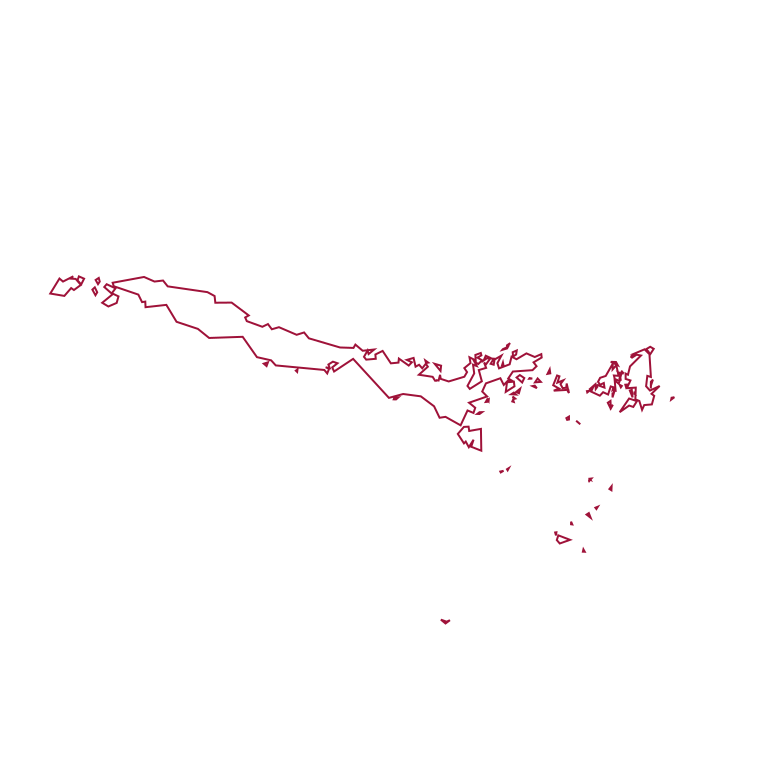 Palawan, Palawan, Philippines (orthographic projection), rotated 63°
{"feature_id": "2640588B20950743061684", "entity_name": "Palawan", "entity_type": "district", "adm_level": 2, "iso_a3": "PHL", "parent_name": "Philippines", "parent_adm1": "Palawan", "projection": "orthographic", "projection_center": [119.327, 9.944], "detail": "fine", "context": "isolated", "style": "outline", "palette": "rose", "viewbox_px": 768, "rotation_deg": 63, "n_neighbors": 0, "source": "geoboundaries", "source_scale": "gbopen_adm2", "svg_char_len": 6190}
<svg xmlns="http://www.w3.org/2000/svg" viewBox="0 0 768 768"><g transform="rotate(63 384 384)"><path d="M445.5,321.6L450.4,317.4L446.6,313.5L439.3,316.7L441.9,297.8L435.3,299.9L429.7,292.9L431.7,277.7L439.2,277.7L437.1,271.6L438.3,269.0L435.5,270.8L431.4,263.5L439.1,245.4L437.4,240.0L432.6,240.9L432.0,231.5L428.8,230.3L428.4,237.4L421.4,243.2L422.1,254.7L417.5,257.9L423.5,263.1L422.3,274.4L416.9,273.5L412.0,266.5L412.4,274.4L416.6,277.5L414.4,279.8L411.3,274.7L409.5,277.7L412.8,284.2L410.3,285.1L416.0,285.7L414.6,293.2L426.0,295.6L427.3,309.8L423.6,310.5L415.5,298.8L407.2,295.9L410.1,293.2L405.4,293.3L409.0,290.9L407.4,285.8L402.9,288.8L402.7,284.2L400.3,283.7L399.6,289.4L404.6,291.6L399.0,295.7L404.6,297.4L406.3,305.2L411.1,304.6L414.0,309.1L411.1,325.2L405.2,331.1L401.3,329.9L405.7,333.8L404.6,335.2L404.9,335.7L404.6,336.2L404.5,336.6L404.3,337.0L399.7,337.4L391.6,348.7L388.5,337.1L384.9,337.5L387.4,342.8L382.8,344.0L382.9,348.0L374.2,345.8L372.9,352.7L377.3,349.3L378.8,353.6L368.1,359.2L371.5,361.4L368.7,368.5L353.9,370.2L353.8,378.3L357.8,379.9L354.2,388.8L350.7,389.5L346.7,383.4L350.3,384.1L348.8,377.1L344.7,387.9L335.9,391.6L338.0,394.8L331.5,406.6L309.2,430.2L301.8,431.8L300.5,439.5L285.7,451.8L284.3,459.1L277.9,460.2L277.8,466.4L265.7,477.7L261.7,477.5L261.5,473.4L242.3,482.8L235.0,497.4L228.7,495.0L222.0,499.6L198.8,532.4L191.5,533.9L188.5,542.0L179.7,549.2L170.6,579.8L174.2,580.4L192.8,562.3L201.2,562.4L202.2,559.3L207.3,561.6L214.7,542.0L234.4,540.6L250.4,524.8L263.6,518.9L277.8,488.5L302.4,485.0L311.7,473.8L318.3,472.0L344.4,430.8L348.8,429.8L345.5,426.0L342.6,428.4L345.3,425.1L341.4,424.7L340.9,419.4L344.4,416.0L345.7,422.6L350.2,422.8L347.6,400.1L398.6,385.9L401.6,371.5L411.7,356.8L426.6,349.5L439.3,349.8L441.2,344.1L455.6,334.5L445.5,321.6ZM475.1,127.7L471.7,129.9L472.0,134.7L475.0,133.7L477.2,133.6L477.6,134.1L471.4,136.1L470.5,148.3L475.3,142.1L480.0,156.8L486.5,162.4L484.4,164.0L489.2,166.4L492.7,162.8L498.0,169.5L501.5,161.3L511.8,167.0L515.0,164.2L524.2,165.8L520.9,161.7L523.8,154.6L517.2,148.6L514.2,150.1L510.9,139.3L510.6,150.0L505.0,151.5L496.3,145.7L498.9,143.0L479.0,134.4L475.1,127.7ZM478.1,169.9L472.7,168.5L474.8,173.7L469.8,171.0L477.5,182.8L476.6,188.6L479.2,192.3L482.8,191.8L482.9,187.7L487.3,189.2L481.9,194.2L481.8,195.4L483.5,195.4L484.6,197.6L480.1,195.6L482.2,203.8L482.3,199.7L484.8,202.9L492.4,197.0L490.8,192.5L495.1,189.1L489.1,183.1L491.0,181.1L492.7,182.6L492.4,181.5L493.8,181.9L493.8,181.3L495.0,181.0L495.2,180.7L485.5,176.8L490.2,174.8L488.3,172.6L484.3,176.1L480.8,175.3L483.2,171.3L478.1,169.9ZM472.4,337.3L478.8,337.1L474.3,329.5L479.5,334.8L487.6,327.6L468.0,318.0L464.5,329.4L460.4,328.0L458.5,332.3L462.0,340.9L473.2,339.7L472.4,337.3ZM158.1,609.1L150.4,611.0L147.3,616.3L147.0,611.9L147.0,623.5L142.7,625.3L151.9,640.3L160.4,628.8L156.5,619.2L159.5,617.6L158.1,609.1ZM185.4,580.8L180.7,584.4L183.7,598.2L189.8,594.4L190.4,585.4L185.4,580.8ZM472.8,222.6L466.5,221.0L470.1,223.4L468.7,226.7L464.2,226.8L462.1,222.5L461.5,228.9L456.8,224.2L455.0,225.9L461.9,233.8L467.5,230.1L467.0,235.8L472.8,222.6ZM514.1,166.4L508.2,172.2L516.1,186.8L514.5,175.4L517.6,172.3L514.1,166.4ZM607.3,289.0L598.0,297.4L601.5,300.9L605.9,299.8L607.3,289.0ZM440.9,267.2L438.3,273.6L446.3,279.1L445.3,268.8L440.9,267.2ZM176.9,579.8L169.2,585.8L170.6,589.2L179.7,585.6L176.9,579.8ZM442.4,256.3L437.7,258.9L438.4,262.9L445.4,260.2L442.4,256.3ZM154.0,603.4L149.6,607.0L152.5,610.0L157.8,608.6L154.0,603.4ZM409.7,276.8L405.0,280.5L408.3,284.5L407.8,280.8L409.7,276.8ZM166.6,597.8L167.5,601.0L173.9,600.8L172.1,597.9L166.6,597.8ZM160.0,590.0L160.4,593.7L165.2,593.5L163.7,590.8L160.0,590.0ZM453.3,243.3L448.8,244.6L451.1,248.7L453.3,243.3ZM597.0,260.6L592.0,260.1L592.3,262.8L597.0,260.6ZM393.6,324.8L389.0,329.7L398.0,327.7L393.6,324.8ZM506.4,189.5L507.9,192.6L501.9,189.9L502.3,193.1L508.9,193.2L506.4,189.5ZM508.8,168.6L501.7,165.9L501.4,167.9L508.8,168.6ZM414.4,250.5L414.1,254.9L418.1,256.5L417.7,252.9L414.4,250.5ZM495.0,181.9L494.7,182.6L496.4,183.8L496.2,184.7L499.7,186.5L495.0,181.9ZM314.7,480.5L312.0,477.6L311.3,481.9L314.7,480.5ZM453.5,268.0L450.0,264.8L451.1,269.9L453.5,268.0ZM625.3,437.9L624.4,432.5L624.2,436.1L619.8,440.3L625.3,437.9ZM488.6,171.5L484.1,170.0L486.0,171.7L488.6,171.5ZM453.3,271.2L450.6,272.3L450.9,275.3L453.3,271.2ZM456.6,273.7L453.6,275.0L456.3,275.2L456.6,273.7ZM482.3,167.6L480.1,169.9L484.0,169.1L482.3,167.6ZM473.4,167.2L469.7,167.3L467.2,171.9L473.4,167.2ZM563.7,245.3L562.4,242.1L561.8,243.7L562.9,243.6L562.1,244.2L563.4,245.3L563.7,245.3ZM497.0,234.0L497.2,237.0L499.1,237.1L499.6,235.3L497.0,234.0ZM502.2,142.4L503.2,145.2L509.1,148.3L506.4,146.7L502.2,142.4ZM594.6,280.0L591.6,279.8L593.9,281.0L594.6,280.0ZM402.5,377.6L401.3,381.5L402.1,382.3L403.2,380.3L402.5,377.6ZM333.8,455.9L331.8,454.5L332.1,456.5L333.8,455.9ZM447.2,298.9L445.0,297.5L445.0,298.0L446.3,298.6L444.5,298.9L446.2,301.5L447.2,298.9ZM581.9,229.6L578.4,227.6L579.9,230.8L581.9,229.6ZM495.2,166.8L494.2,169.3L496.3,169.7L495.2,166.8ZM385.0,334.9L381.8,336.5L384.4,337.0L385.0,334.9ZM509.0,227.4L505.0,229.0L504.0,229.5L509.0,227.4ZM527.6,131.3L526.8,134.0L528.3,135.2L527.6,131.3ZM591.8,251.5L590.4,249.2L590.2,251.8L591.8,251.5ZM493.7,173.0L491.7,174.4L494.5,174.5L493.7,173.0ZM597.0,299.5L594.4,297.7L594.0,298.9L597.0,299.5ZM472.6,146.1L471.4,150.8L472.1,151.5L473.1,151.0L472.6,146.1ZM408.2,258.2L406.0,255.0L407.1,258.6L406.9,262.2L407.3,263.1L408.2,258.2ZM457.1,249.7L453.9,250.4L453.3,252.6L457.1,249.7ZM515.6,316.9L514.8,320.1L515.8,320.1L515.6,316.9ZM450.0,231.0L446.2,229.7L449.2,233.7L450.0,231.0ZM453.6,309.4L452.5,311.7L453.0,314.5L454.1,312.5L453.6,309.4ZM404.9,253.0L405.4,256.9L406.0,257.1L404.9,253.0ZM483.3,204.2L482.5,206.4L483.8,206.7L483.3,204.2ZM458.9,276.5L456.6,276.1L457.8,277.6L458.9,276.5ZM624.6,281.3L621.9,281.4L623.7,282.9L624.6,281.3ZM421.1,268.9L418.9,268.3L420.8,270.2L421.1,268.9ZM476.0,223.3L473.9,222.7L474.2,223.5L476.0,223.3ZM446.5,249.4L444.8,251.6L445.2,252.3L446.5,249.4ZM482.6,165.9L479.8,166.6L482.8,166.2L482.6,165.9ZM517.0,313.0L515.6,311.0L515.8,313.1L517.0,313.0ZM507.2,164.7L504.4,164.3L506.4,165.4L507.2,164.7Z" fill="none" stroke="#9f1239" stroke-width="2"/></g></svg>